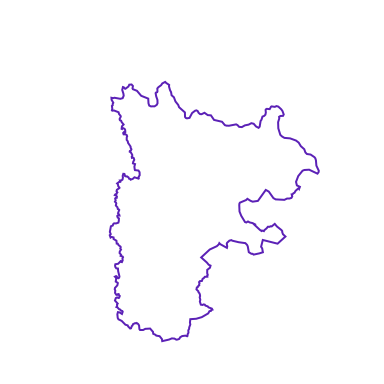 Mouhoun, Mou Houn, Burkina Faso (Natural Earth projection), rotated 332°
{"feature_id": "67063806B95698273817509", "entity_name": "Mouhoun", "entity_type": "district", "adm_level": 2, "iso_a3": "BFA", "parent_name": "Burkina Faso", "parent_adm1": "Mou Houn", "projection": "natural_earth1", "projection_center": [-3.46, 12.237], "detail": "fine", "context": "isolated", "style": "outline", "palette": "violet", "viewbox_px": 384, "rotation_deg": 332, "n_neighbors": 0, "source": "geoboundaries", "source_scale": "gbopen_adm2", "svg_char_len": 6014}
<svg xmlns="http://www.w3.org/2000/svg" viewBox="0 0 384 384"><g transform="rotate(332 192 192)"><path d="M289.7,238.1L287.7,235.4L288.6,231.9L293.3,227.8L299.6,225.1L301.5,225.3L305.9,227.3L311.4,234.7L313.1,233.9L313.9,232.8L314.2,227.1L316.3,222.2L316.7,220.2L316.5,218.8L314.3,214.6L311.3,212.4L310.7,210.3L311.2,206.9L309.6,202.6L309.4,198.5L308.0,195.4L303.8,190.7L299.0,187.6L297.6,185.3L296.8,183.0L298.1,176.3L300.8,170.8L303.6,168.0L304.2,166.5L305.8,166.4L308.1,167.5L309.4,166.6L309.9,162.9L309.6,160.8L308.3,157.1L306.9,155.8L305.1,155.7L302.5,153.8L301.8,153.8L299.5,155.3L297.1,153.7L296.1,153.7L295.5,154.1L294.5,156.5L293.1,158.2L291.5,158.7L289.6,158.5L287.3,160.8L285.9,161.5L282.4,166.1L280.9,166.6L279.3,164.2L278.5,160.7L276.7,159.1L273.6,159.1L270.0,158.0L266.5,158.1L264.2,156.6L263.6,154.3L262.7,153.0L255.9,150.9L253.7,149.7L252.4,148.4L251.5,144.1L245.3,138.7L244.7,133.2L242.0,131.5L240.2,127.9L237.0,127.8L235.7,127.0L235.0,125.2L235.0,123.1L234.2,122.0L232.9,121.7L229.2,122.3L224.6,125.4L222.1,124.6L221.3,123.7L221.1,122.4L223.1,118.4L220.4,111.1L220.7,108.6L219.9,104.3L220.5,99.9L219.4,97.0L220.4,94.0L220.4,91.9L221.2,88.1L222.1,86.7L220.4,83.6L220.0,82.2L216.7,82.2L214.9,83.2L211.5,83.7L210.0,84.3L208.7,87.0L208.1,87.5L206.8,87.3L206.3,87.6L205.3,90.7L204.7,94.5L203.2,97.5L201.8,98.5L199.2,98.8L195.9,97.1L194.8,95.6L195.2,93.3L197.2,89.0L192.3,83.2L190.9,76.8L188.1,73.5L188.1,72.6L189.6,70.7L189.1,68.7L187.0,67.8L185.4,69.0L181.7,69.6L181.3,69.3L180.9,67.5L180.3,66.9L178.3,69.1L177.6,73.0L176.9,74.9L174.8,76.6L172.5,76.1L167.8,72.4L166.4,72.1L165.1,71.0L164.3,72.8L164.4,76.3L163.3,77.0L162.7,78.2L161.7,78.4L160.7,81.1L159.6,82.3L159.8,82.8L161.4,83.4L164.6,87.1L164.2,88.9L164.7,91.3L164.5,92.0L162.4,93.5L162.1,94.3L162.1,94.9L162.9,95.8L162.7,97.3L163.3,100.3L161.0,101.1L159.5,103.2L159.8,103.6L160.5,103.2L161.3,103.4L162.1,104.6L162.1,105.9L161.2,107.9L160.8,108.0L160.2,107.1L158.9,107.6L158.7,109.0L160.4,109.9L161.1,111.1L160.9,112.4L160.1,113.0L158.8,115.3L159.1,117.1L158.6,118.6L159.1,123.0L158.6,124.0L158.6,125.8L157.6,126.6L156.4,126.6L155.9,127.2L156.6,128.4L156.7,131.0L156.2,132.1L155.3,132.6L155.0,133.7L156.0,133.9L156.5,134.7L156.1,136.5L154.2,137.8L153.3,139.0L154.8,140.6L153.0,142.6L152.0,145.3L151.9,145.9L154.8,147.9L155.0,149.9L153.7,152.6L151.7,153.8L151.5,154.9L151.1,155.1L148.1,152.0L145.9,152.6L143.6,152.3L143.6,151.5L142.7,150.8L142.8,149.3L141.9,147.6L141.3,147.5L140.4,146.6L140.8,144.3L139.9,143.7L138.3,145.3L137.9,146.6L136.5,148.4L135.3,148.6L134.0,148.1L134.1,148.7L133.5,149.4L132.3,148.9L129.9,149.3L130.2,150.2L129.6,152.4L130.0,154.1L129.8,154.4L126.7,154.8L125.7,155.9L125.9,157.3L125.2,157.5L124.7,158.2L123.2,158.1L122.4,158.5L123.3,159.6L123.6,160.7L122.8,161.8L121.7,161.4L121.0,161.8L120.7,163.5L119.4,164.4L119.9,165.8L119.8,166.5L118.4,168.2L119.0,170.5L118.5,172.2L119.1,172.8L119.3,173.7L116.7,176.0L117.1,178.0L116.9,178.7L115.6,177.8L114.7,178.1L114.4,179.7L115.1,181.0L113.7,183.3L112.6,184.5L110.2,184.1L108.5,183.1L107.3,183.4L106.3,184.4L104.3,184.2L100.7,188.7L100.5,191.0L99.1,191.5L98.7,194.0L99.9,193.9L101.4,195.3L100.7,196.7L102.4,199.5L101.3,202.2L102.2,202.8L102.2,204.4L103.2,206.6L103.2,207.2L102.1,208.3L102.3,209.5L100.3,210.6L99.4,211.9L99.9,214.1L99.0,214.9L100.4,216.3L100.5,217.2L99.4,218.0L98.7,219.8L97.2,221.0L96.6,220.5L97.0,219.8L96.7,219.5L93.1,220.7L90.4,219.8L89.5,220.9L89.1,222.2L89.3,223.9L90.7,224.8L89.6,227.3L88.3,232.5L87.4,233.5L86.3,233.5L85.8,232.7L85.9,231.3L85.5,230.6L84.2,230.6L84.6,231.8L84.4,232.9L82.6,235.3L83.8,237.3L83.7,237.7L82.2,239.4L79.0,240.5L78.1,241.6L78.0,243.0L76.7,244.9L76.9,247.2L77.5,247.7L78.7,247.4L79.3,247.7L79.1,249.0L79.4,249.9L77.9,251.2L77.2,251.0L76.4,249.9L74.9,249.9L73.0,251.7L74.0,255.7L73.0,256.1L72.4,257.5L71.3,258.1L72.0,258.9L72.6,261.2L73.4,262.1L73.7,263.5L74.6,264.4L74.6,265.2L72.9,266.8L71.5,264.3L70.2,263.3L68.7,264.9L67.3,268.3L67.3,269.9L69.4,272.8L70.9,277.9L72.6,279.6L72.5,280.7L73.3,283.5L74.2,283.7L75.9,282.1L76.7,282.0L77.9,281.0L80.3,281.1L81.0,281.8L81.7,281.7L82.5,283.3L82.6,285.0L81.2,288.4L81.3,289.4L84.1,290.9L86.5,290.9L90.9,292.9L91.9,297.2L91.2,299.0L92.7,300.9L93.0,302.0L95.7,304.1L96.4,307.7L95.7,309.7L102.4,311.5L105.5,311.8L107.7,313.2L108.8,315.0L110.1,315.5L111.8,315.7L113.4,314.7L115.7,314.6L118.7,315.7L120.0,317.1L120.4,317.0L121.4,315.5L122.8,314.6L123.8,312.4L125.2,311.5L126.0,310.2L128.3,308.2L128.9,306.3L130.8,303.5L136.2,305.9L141.9,307.1L149.3,306.8L151.5,305.4L152.8,305.9L153.6,305.3L154.8,305.5L154.8,304.3L152.4,301.6L152.2,300.4L150.5,298.6L150.4,297.5L149.5,296.7L148.3,296.7L146.9,295.6L147.5,292.4L148.7,291.1L149.4,288.5L150.3,287.7L150.9,286.0L151.0,284.9L150.7,283.5L151.0,282.6L150.2,280.1L151.4,278.6L152.4,278.7L152.8,278.1L154.6,277.8L154.9,276.9L155.8,276.1L155.9,274.9L157.2,274.4L158.9,275.2L160.7,273.6L161.9,273.6L163.5,272.9L165.8,274.0L166.3,272.8L167.0,272.6L167.3,270.8L168.9,267.9L172.3,267.3L173.8,265.7L172.6,264.1L172.0,261.2L169.4,254.1L180.7,251.1L188.5,251.5L191.1,250.8L192.1,250.0L192.5,251.4L196.6,257.7L197.6,256.5L198.4,254.0L199.2,253.3L202.2,252.5L204.2,253.0L204.7,253.9L209.7,258.3L215.1,262.2L215.8,264.6L215.7,266.2L213.9,271.8L215.4,274.4L216.5,275.0L217.0,276.2L222.6,277.8L226.3,278.5L227.5,274.7L227.3,272.8L232.0,267.6L243.3,277.8L253.6,275.2L252.5,272.0L252.8,269.9L253.3,268.9L253.1,267.6L250.8,262.3L250.1,259.0L246.2,259.8L245.2,259.1L244.2,259.2L242.7,258.3L240.8,259.1L237.9,259.7L237.1,260.3L235.7,258.9L235.1,259.1L234.2,257.4L231.8,250.4L231.6,249.8L232.2,249.8L232.0,249.5L230.9,247.9L228.6,245.9L227.6,244.3L225.6,244.4L224.7,243.4L224.3,236.1L224.8,231.5L227.6,225.7L228.5,224.4L229.3,223.9L236.0,224.5L237.7,224.0L239.5,227.2L241.0,229.0L246.0,230.8L258.1,224.8L260.0,227.7L261.0,235.6L262.4,237.8L269.9,242.3L272.8,242.4L274.9,243.5L277.0,243.9L278.4,243.0L278.9,240.9L279.8,241.2L281.0,240.7L282.1,240.8L284.0,239.6L287.7,238.7L288.1,238.9L288.1,239.5L289.7,238.1Z" fill="none" stroke="#5b21b6" stroke-width="2"/></g></svg>